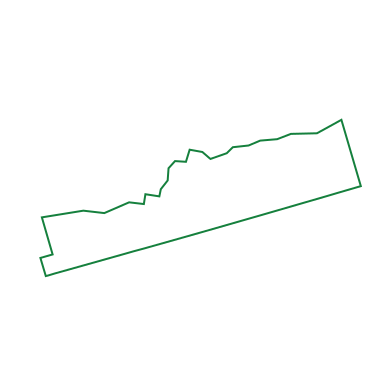 outline of Vermillion, Indiana, United States of America, rotated 254°
{"feature_id": "52423323B79800706132785", "entity_name": "Vermillion", "entity_type": "district", "adm_level": 2, "iso_a3": "USA", "parent_name": "United States of America", "parent_adm1": "Indiana", "projection": "equal_earth", "projection_center": [-87.462, 39.878], "detail": "fine", "context": "isolated", "style": "outline", "palette": "green", "viewbox_px": 384, "rotation_deg": 254, "n_neighbors": 0, "source": "geoboundaries", "source_scale": "gbopen_adm2", "svg_char_len": 687}
<svg xmlns="http://www.w3.org/2000/svg" viewBox="0 0 384 384"><g transform="rotate(254 192 192)"><path d="M220.2,355.5L214.0,328.3L220.6,303.1L219.3,288.4L222.6,271.7L221.1,259.2L223.8,243.6L219.7,236.1L218.7,218.8L227.6,213.0L233.3,201.4L222.7,194.5L226.4,184.2L221.3,176.0L209.8,171.8L203.3,162.8L196.8,159.4L202.7,146.6L193.7,142.4L199.4,128.7L195.9,101.9L204.0,82.4L209.0,40.7L170.4,40.8L170.4,28.1L151.5,28.3L151.4,30.6L151.5,37.4L151.1,110.8L151.1,117.8L151.1,119.2L151.0,125.4L150.9,131.4L150.9,133.0L150.9,135.4L150.7,188.6L150.7,232.4L150.7,236.6L150.7,241.3L150.7,250.1L150.9,321.0L151.0,332.4L151.1,355.9L220.2,355.5Z" fill="none" stroke="#15803d" stroke-width="2"/></g></svg>